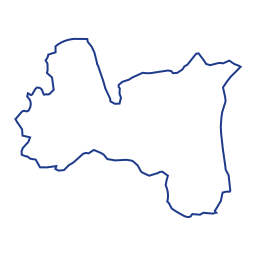 Izra', Dar`a, Syria (Mercator projection)
{"feature_id": "27442178B99944519185371", "entity_name": "Izra'", "entity_type": "district", "adm_level": 2, "iso_a3": "SYR", "parent_name": "Syria", "parent_adm1": "Dar`a", "projection": "mercator", "projection_center": [36.034, 32.866], "detail": "fine", "context": "isolated", "style": "outline", "palette": "blue", "viewbox_px": 256, "rotation_deg": 0, "n_neighbors": 0, "source": "geoboundaries", "source_scale": "gbopen_adm2", "svg_char_len": 4454}
<svg xmlns="http://www.w3.org/2000/svg" viewBox="0 0 256 256"><path d="M216.2,212.6L214.8,210.8L217.3,207.0L220.8,201.0L222.6,192.6L225.9,191.7L227.7,191.6L229.7,191.7L230.3,190.8L228.6,175.2L225.7,169.8L225.3,166.1L224.2,158.4L222.8,148.7L221.2,134.1L220.8,127.4L220.8,126.2L221.4,117.5L222.3,111.8L225.6,101.3L225.2,97.3L223.0,87.4L227.2,81.2L231.0,76.4L235.3,72.2L240.6,66.8L238.7,65.7L234.7,64.2L234.1,63.8L233.5,63.5L229.3,60.6L223.3,63.3L219.0,62.9L210.0,65.2L206.1,63.9L203.5,59.9L198.6,53.4L196.2,53.7L190.1,61.3L187.4,64.7L184.4,66.4L182.4,69.5L177.4,72.8L173.0,73.2L171.3,71.1L168.0,70.5L158.6,71.9L150.2,73.2L146.3,73.2L142.7,72.8L132.3,77.5L128.9,79.7L122.4,81.8L118.6,85.0L118.7,87.0L119.8,88.5L119.5,93.6L121.0,97.8L119.5,103.6L114.9,103.8L110.5,101.4L110.1,98.6L105.4,88.6L103.4,81.4L98.6,67.5L98.1,65.7L97.0,63.9L97.0,62.9L94.4,52.5L91.7,46.8L87.7,41.7L87.3,39.0L75.6,38.9L75.3,38.9L75.1,38.9L74.8,38.9L74.5,38.9L74.3,38.9L74.1,38.9L73.7,39.0L73.2,39.0L72.8,39.0L72.6,39.1L72.4,39.1L72.2,39.1L71.7,39.2L71.4,39.2L71.1,39.3L70.9,39.3L70.7,39.3L70.3,39.4L70.1,39.5L69.8,39.5L69.6,39.6L69.4,39.6L69.2,39.7L68.7,39.8L68.4,39.8L68.2,39.9L67.8,40.0L67.5,40.1L66.9,40.3L66.5,40.4L66.1,40.5L65.7,40.6L65.4,40.7L65.1,40.8L64.9,40.9L64.5,41.1L64.1,41.2L63.7,41.4L63.5,41.5L63.2,41.6L62.9,41.8L62.5,41.9L62.2,42.0L61.6,42.3L61.3,42.5L60.9,42.7L60.6,42.9L60.3,43.0L60.1,43.2L59.7,43.4L59.4,43.6L59.0,43.8L58.8,43.9L58.6,44.1L58.3,44.3L57.9,44.5L57.7,44.7L57.5,44.8L57.1,45.1L56.8,45.3L56.5,45.6L56.3,45.7L56.1,45.9L55.8,46.2L55.5,46.4L55.6,52.3L48.3,54.6L48.3,54.8L48.3,55.0L48.2,55.2L48.2,55.4L48.1,55.6L48.1,55.8L48.0,56.1L47.9,56.3L47.9,56.5L47.7,56.8L47.6,57.1L47.5,57.3L47.5,57.5L47.4,57.7L47.3,57.9L47.2,58.0L47.0,58.4L46.9,58.6L46.7,58.9L46.6,59.0L46.4,59.3L46.2,59.6L45.9,59.9L45.8,60.0L45.7,60.2L45.6,60.3L47.5,63.7L47.6,70.1L46.9,72.9L52.0,77.4L53.7,89.8L49.4,94.1L47.8,94.5L46.8,94.3L45.6,94.3L44.6,94.7L44.0,94.7L43.3,93.6L42.4,91.0L42.3,90.6L41.4,89.1L39.7,87.9L36.9,87.5L35.3,89.1L33.4,92.3L32.4,94.3L30.9,95.1L27.9,93.3L27.2,96.5L27.4,96.7L27.5,96.9L27.7,97.1L27.9,97.3L28.1,97.5L28.3,97.8L28.5,98.0L28.8,98.5L29.0,98.7L29.2,98.9L29.3,99.2L29.5,99.4L29.6,99.7L29.8,99.9L29.9,100.2L30.0,100.3L30.1,100.6L30.2,100.8L30.3,101.0L30.4,101.4L30.4,101.5L30.5,101.8L30.5,102.0L30.6,102.3L30.6,102.5L30.6,102.9L30.7,103.1L30.7,103.3L30.7,103.5L30.7,103.9L30.7,104.1L30.7,104.3L30.7,104.6L30.7,104.8L30.6,105.0L30.6,105.3L30.6,105.6L30.5,105.8L30.5,106.0L30.4,106.3L30.4,106.5L30.3,106.9L30.3,107.0L30.2,107.1L30.2,107.3L30.1,107.5L30.0,107.8L29.9,108.0L29.8,108.3L29.7,108.5L29.5,108.9L29.4,109.0L29.3,109.3L29.2,109.4L29.2,109.5L29.0,109.8L28.9,110.0L28.7,110.3L28.6,110.5L28.4,110.6L28.2,110.7L28.2,110.8L27.9,110.9L27.8,111.0L27.6,111.1L27.4,111.2L27.2,111.2L27.1,111.3L26.9,111.3L26.7,111.3L26.4,111.3L26.2,111.3L25.9,111.3L25.7,111.2L25.4,111.1L25.2,111.0L24.9,111.0L24.8,110.9L24.7,110.9L24.4,110.9L24.2,110.9L23.9,110.9L23.7,110.9L23.4,111.0L23.2,111.0L22.9,111.1L22.7,111.2L22.6,111.3L22.4,111.4L22.2,111.5L21.9,111.7L21.8,111.8L21.7,111.9L15.7,118.9L15.4,119.1L17.4,122.5L22.1,129.3L22.5,135.6L30.1,137.4L28.3,142.0L22.8,148.0L21.6,151.2L21.7,154.7L25.3,156.2L27.2,156.4L30.3,158.7L35.7,159.6L40.0,167.3L46.7,167.4L56.3,166.1L55.4,169.0L58.6,170.6L64.0,170.1L68.7,165.3L73.4,162.5L83.0,153.9L85.7,152.9L88.6,153.4L93.2,150.3L93.9,150.0L100.6,152.8L103.8,154.7L107.4,159.1L115.3,160.4L126.4,159.8L131.6,160.6L133.6,161.7L137.8,165.6L140.8,171.2L142.0,172.4L149.2,175.7L154.1,174.2L157.8,173.1L159.9,171.9L162.3,171.7L167.9,175.7L166.5,180.6L165.7,185.4L165.8,185.7L165.9,185.9L166.0,186.0L166.1,186.3L166.2,186.5L166.3,186.8L166.4,187.1L166.5,187.3L166.6,187.6L166.7,187.9L166.8,188.2L166.9,188.5L167.0,188.9L167.1,189.2L167.1,189.3L167.2,189.7L167.3,190.0L167.4,190.3L167.4,190.6L167.5,190.8L167.5,191.1L167.6,191.3L167.6,191.6L167.7,191.8L167.7,192.1L167.7,192.3L167.8,192.6L167.8,193.0L167.9,193.3L167.9,193.6L167.9,193.8L167.9,194.1L167.9,194.3L168.0,194.6L168.0,194.9L168.0,195.1L168.0,195.5L168.0,196.0L168.0,196.3L168.0,196.5L168.0,196.8L168.0,197.0L167.9,197.3L167.9,197.5L167.9,197.8L167.9,198.0L167.8,198.5L167.8,199.0L167.7,199.3L167.7,199.8L167.6,200.1L167.5,200.4L167.5,200.8L167.4,201.1L167.4,201.3L167.3,201.6L168.8,203.0L171.8,208.6L177.3,212.2L184.7,216.3L187.9,217.1L190.5,216.6L192.0,214.4L192.3,214.1L200.0,214.7L203.2,212.8L213.0,213.6L215.9,212.6L216.2,212.6Z" fill="none" stroke="#1e3a8a" stroke-width="2"/></svg>